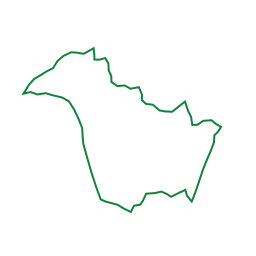 Lauro de Freitas, Bahia, Brazil (Albers equal-area conic projection), rotated 342°
{"feature_id": "56859067B96940053875939", "entity_name": "Lauro de Freitas", "entity_type": "district", "adm_level": 2, "iso_a3": "BRA", "parent_name": "Brazil", "parent_adm1": "Bahia", "projection": "albers", "projection_center": [-38.327, -12.86], "detail": "fine", "context": "isolated", "style": "outline", "palette": "green", "viewbox_px": 256, "rotation_deg": 342, "n_neighbors": 0, "source": "geoboundaries", "source_scale": "gbopen_adm2", "svg_char_len": 1135}
<svg xmlns="http://www.w3.org/2000/svg" viewBox="0 0 256 256"><g transform="rotate(342 128 128)"><path d="M119.9,41.5L114.8,42.6L108.6,43.7L102.4,40.4L97.3,38.4L88.9,39.5L81.7,42.5L75.2,47.9L68.2,49.0L59.6,51.1L54.0,52.3L47.3,56.2L39.2,63.1L46.2,63.6L52.4,68.2L60.4,69.4L66.0,73.3L74.6,78.5L80.0,84.2L82.5,93.9L83.8,103.8L84.4,113.8L81.7,124.3L80.6,129.5L80.3,136.9L80.0,143.9L79.5,159.1L79.5,170.2L79.6,177.0L80.0,187.5L84.1,191.1L88.7,194.1L94.6,198.0L99.0,203.2L104.8,208.7L109.7,203.8L116.1,204.6L119.9,201.6L125.0,196.1L133.4,198.2L140.1,198.8L144.2,202.4L147.8,206.7L158.1,205.2L163.4,204.6L163.2,210.6L165.9,217.6L169.4,213.5L175.8,205.2L181.3,197.7L186.4,190.8L192.8,183.1L199.2,175.9L205.4,168.1L207.9,161.6L212.5,159.3L216.8,155.8L212.9,151.3L209.8,146.4L201.7,144.4L195.2,146.4L190.1,145.0L191.4,136.9L190.4,130.0L190.4,120.5L182.5,123.4L175.0,126.2L168.4,123.7L163.4,121.0L158.8,113.5L152.6,110.7L149.8,105.7L151.6,100.8L150.9,92.5L142.5,91.4L138.0,86.5L130.9,84.9L126.5,79.1L128.2,73.2L127.4,67.5L129.3,60.6L127.9,54.4L121.8,54.2L117.2,52.5L118.8,47.2L119.9,41.5Z" fill="none" stroke="#15803d" stroke-width="2"/></g></svg>